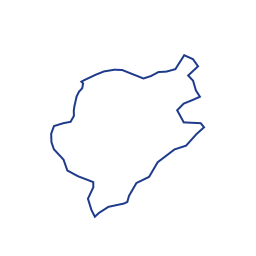 Faleia, Paphos, Cyprus (Mercator projection), rotated 212°
{"feature_id": "46923920B65906378880060", "entity_name": "Faleia", "entity_type": "district", "adm_level": 2, "iso_a3": "CYP", "parent_name": "Cyprus", "parent_adm1": "Paphos", "projection": "mercator", "projection_center": [32.588, 34.857], "detail": "fine", "context": "isolated", "style": "outline", "palette": "blue", "viewbox_px": 256, "rotation_deg": 212, "n_neighbors": 0, "source": "geoboundaries", "source_scale": "gbopen_adm2", "svg_char_len": 846}
<svg xmlns="http://www.w3.org/2000/svg" viewBox="0 0 256 256"><g transform="rotate(212 128 128)"><path d="M89.4,64.9L91.2,71.0L91.7,85.8L84.2,97.8L84.7,114.7L77.2,134.5L69.4,143.8L66.7,159.1L63.9,168.9L68.9,170.6L83.7,162.3L95.7,169.1L93.7,178.2L87.9,186.2L83.6,192.6L90.4,195.9L97.9,202.6L104.8,204.4L101.3,217.4L109.4,220.8L118.9,219.5L118.9,216.1L119.0,207.5L119.0,203.0L125.4,196.1L131.8,191.6L136.1,184.2L141.1,178.2L151.5,176.3L163.6,174.1L170.2,170.4L178.3,163.3L183.6,156.1L190.1,146.0L192.1,142.6L189.7,142.0L187.9,137.5L188.8,132.8L188.3,127.5L185.0,118.1L183.3,114.2L180.3,109.6L180.0,102.8L185.4,97.8L191.8,90.4L190.1,82.4L185.4,75.4L179.6,70.7L165.9,67.0L156.9,59.8L144.8,60.6L128.8,63.7L126.0,59.4L124.5,46.8L115.7,39.2L109.1,35.2L107.6,40.7L102.8,50.8L91.4,61.8L89.4,64.9Z" fill="none" stroke="#1e3a8a" stroke-width="2"/></g></svg>